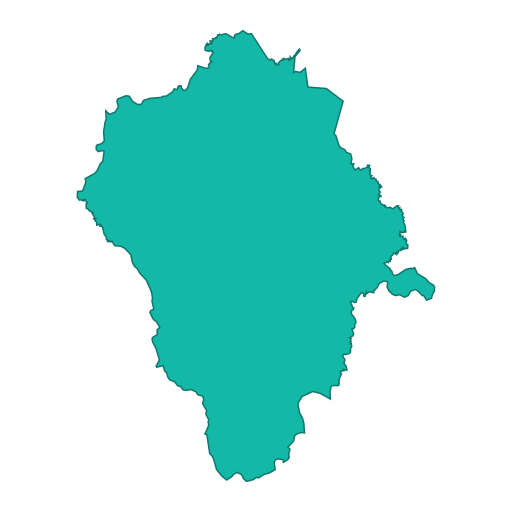 West Akim, Eastern, Ghana (Robinson projection)
{"feature_id": "2480657B57614018833162", "entity_name": "West Akim", "entity_type": "district", "adm_level": 2, "iso_a3": "GHA", "parent_name": "Ghana", "parent_adm1": "Eastern", "projection": "robinson", "projection_center": [-0.668, 5.908], "detail": "fine", "context": "isolated", "style": "filled", "palette": "teal", "viewbox_px": 512, "rotation_deg": 0, "n_neighbors": 0, "source": "geoboundaries", "source_scale": "gbopen_adm2", "svg_char_len": 5993}
<svg xmlns="http://www.w3.org/2000/svg" viewBox="0 0 512 512"><path d="M226.6,480.0L231.5,476.9L233.8,474.2L237.4,472.3L238.8,473.5L240.2,473.5L242.3,475.8L243.2,478.3L246.3,481.3L248.7,480.9L253.1,479.7L256.7,477.3L258.6,477.9L263.8,474.5L268.9,473.1L275.1,469.8L274.2,462.2L275.2,460.1L277.5,458.9L283.0,459.5L283.4,462.3L287.9,459.5L289.2,457.5L288.7,454.0L290.0,449.2L287.8,447.2L293.5,441.2L294.9,435.4L298.2,433.3L302.5,432.5L304.5,433.0L303.8,423.1L302.5,418.2L299.8,413.3L298.1,405.9L298.2,402.8L302.2,396.4L312.9,391.5L320.3,393.4L330.4,399.1L330.0,391.9L331.0,387.0L332.2,385.6L338.6,385.5L339.3,383.2L338.6,382.3L339.3,380.7L338.9,379.7L341.5,373.6L340.4,372.9L340.5,371.2L342.9,370.9L342.9,369.8L344.1,370.5L344.2,369.6L346.9,370.2L346.1,366.2L343.9,363.1L345.0,359.8L342.5,356.0L344.0,354.0L344.9,354.6L349.4,353.5L350.6,352.0L349.9,351.2L350.7,350.0L350.3,348.5L351.7,346.9L351.3,343.4L350.4,343.6L350.8,342.8L350.0,342.0L351.1,341.1L350.4,339.8L351.1,338.5L349.5,337.7L353.1,335.7L353.6,333.6L351.9,328.8L353.0,328.9L354.7,327.5L354.8,324.4L356.0,322.3L355.0,318.5L353.8,317.8L353.8,316.6L351.3,313.9L351.7,310.3L353.2,309.7L353.9,307.9L352.5,307.6L351.9,304.9L350.7,304.1L351.1,303.1L350.4,302.3L352.0,301.1L354.4,302.5L356.1,302.1L357.1,298.3L361.6,292.4L363.9,293.9L363.7,296.0L365.1,296.4L366.5,292.0L366.9,293.5L369.2,291.8L373.8,292.7L373.8,291.1L377.2,287.4L379.3,283.4L383.5,281.2L387.3,281.4L387.7,283.3L387.0,286.6L388.9,290.9L392.6,294.4L395.9,295.6L399.7,294.7L404.4,297.2L408.2,295.6L410.6,291.3L415.1,289.4L418.4,291.4L422.1,295.5L423.7,295.6L426.6,300.2L431.5,298.3L432.3,294.8L434.7,290.4L434.2,288.8L434.7,287.6L433.6,285.2L429.4,282.8L425.5,278.5L417.4,273.6L414.7,267.6L411.9,269.0L411.2,268.2L406.0,269.3L398.2,274.5L394.3,275.6L392.8,274.4L391.9,271.3L390.1,269.9L390.2,268.9L383.9,263.7L384.7,262.5L385.7,262.9L386.6,261.8L388.5,262.6L389.1,261.0L390.2,261.3L389.9,259.4L391.3,259.3L390.9,256.2L392.5,255.3L393.7,252.9L395.3,253.9L396.5,252.2L396.9,254.3L397.9,253.1L397.8,251.1L398.3,252.1L398.9,250.7L401.1,250.4L400.9,249.1L402.8,249.4L402.5,248.0L403.5,248.9L403.9,247.9L404.5,248.7L407.6,248.5L407.9,244.9L406.8,244.4L406.2,242.9L406.7,240.5L405.5,238.6L405.1,239.8L404.0,239.2L404.4,238.5L403.5,238.7L402.6,237.2L403.0,236.3L400.2,236.3L400.5,235.0L399.6,235.4L400.2,231.3L401.8,232.7L404.8,232.1L403.9,231.7L404.4,231.0L405.8,231.4L405.0,225.6L403.4,222.0L404.0,220.7L403.3,220.2L403.2,218.3L404.0,217.4L402.7,216.9L402.2,214.9L403.1,214.6L402.6,212.3L401.4,211.3L401.5,209.5L400.1,209.9L399.8,208.3L399.2,209.0L399.6,207.7L398.6,208.1L398.0,207.4L398.5,205.8L396.9,205.8L392.8,208.8L389.8,207.2L387.8,207.9L385.2,206.9L385.6,205.9L384.4,205.1L384.0,205.9L382.4,204.3L381.4,204.7L379.8,200.8L378.4,200.9L378.3,198.3L380.0,196.3L381.0,196.3L380.6,195.3L378.2,194.8L380.3,192.0L378.9,190.5L379.0,188.9L379.9,188.1L379.2,187.6L381.7,186.9L381.0,185.9L379.6,186.0L380.0,184.8L379.2,185.0L378.5,183.1L377.7,183.2L377.9,181.4L376.4,181.2L375.9,179.1L373.5,178.5L373.7,177.7L371.3,178.7L370.6,177.0L371.9,175.8L369.5,174.0L370.6,172.3L369.5,170.9L370.2,170.6L370.5,168.8L368.8,167.3L369.7,165.4L367.6,165.2L367.1,167.3L364.3,168.6L363.1,168.3L360.4,170.2L358.6,167.7L355.1,170.0L352.9,166.5L353.8,163.8L350.9,164.0L351.9,158.8L350.7,154.0L346.5,152.4L344.8,149.6L340.6,147.7L339.0,145.5L336.0,135.8L334.0,133.8L343.1,101.2L326.3,88.5L307.9,87.1L305.3,68.3L300.1,72.4L295.3,71.4L293.5,72.6L295.0,56.6L300.1,50.4L299.5,49.1L296.3,52.7L295.6,54.6L293.6,56.2L292.6,58.6L291.9,58.9L290.2,56.8L290.1,59.5L288.9,60.4L288.4,58.5L285.8,59.3L283.6,58.4L283.3,59.8L282.3,59.4L282.5,60.0L280.5,60.8L278.1,63.3L278.8,64.5L277.6,65.3L275.5,64.4L276.1,63.4L274.5,63.1L274.5,61.3L273.4,60.2L271.5,59.0L270.6,59.9L268.0,59.3L251.4,33.6L248.1,34.1L242.7,30.7L238.5,33.9L236.8,33.8L234.6,35.2L234.5,37.7L232.5,37.5L225.6,33.6L220.2,35.1L219.5,34.2L218.0,35.3L217.9,34.5L216.5,38.1L215.6,37.7L215.2,38.6L212.5,38.7L212.9,41.1L210.1,40.9L210.6,42.4L212.0,43.1L210.6,43.9L209.7,43.5L208.5,44.7L207.6,43.7L207.6,44.7L207.2,44.0L206.6,45.3L206.2,44.6L204.9,47.8L205.2,50.4L209.0,51.4L209.6,50.5L211.8,50.6L211.6,51.6L212.7,51.4L213.2,52.3L209.9,57.7L210.4,61.0L211.8,61.6L210.6,62.1L208.6,64.6L209.3,66.7L208.2,67.9L205.9,68.4L197.8,65.7L197.2,70.1L190.3,79.3L187.8,87.3L185.7,90.4L183.3,90.3L181.4,87.7L181.2,86.0L179.1,85.7L177.8,86.9L177.7,88.8L176.6,89.5L174.2,88.8L172.7,91.7L166.3,96.1L162.7,96.4L161.3,97.4L149.9,98.3L143.4,100.5L141.2,104.5L137.2,104.3L132.5,101.3L129.2,96.2L125.8,95.8L117.6,99.0L117.0,101.6L118.4,106.8L115.3,111.9L109.6,114.4L105.8,110.8L106.2,119.0L105.2,121.7L103.6,131.7L104.3,140.8L101.4,143.8L97.4,144.8L96.3,145.8L96.2,149.5L98.2,151.6L102.7,150.5L104.1,151.6L102.7,161.4L100.4,163.5L97.6,169.8L94.9,173.3L85.2,178.6L85.8,181.9L83.8,187.9L82.4,191.1L77.6,191.4L77.3,195.7L77.3,197.3L79.3,200.1L80.1,199.7L83.5,200.8L83.6,199.5L85.4,199.8L85.2,200.8L87.3,202.3L87.2,203.3L86.2,203.7L86.2,208.3L88.3,209.2L89.4,210.9L92.6,212.1L92.1,212.8L92.8,212.8L92.6,213.8L94.7,217.8L93.7,218.7L94.4,219.6L95.7,218.8L95.2,220.9L96.5,222.0L96.8,225.2L99.9,224.2L99.9,226.8L100.6,225.3L101.4,225.4L102.8,228.2L104.2,234.3L106.4,237.1L106.3,239.3L108.3,240.3L107.4,240.5L107.6,241.7L109.4,241.2L110.6,242.0L111.8,241.0L114.7,245.7L120.6,246.2L124.9,248.4L130.7,254.6L132.4,262.4L134.5,266.3L137.1,268.5L139.4,272.6L146.3,280.2L151.4,291.6L152.5,297.9L152.0,301.1L153.8,309.2L150.7,310.6L149.9,312.3L152.8,318.4L154.4,320.4L156.2,321.3L159.8,327.4L157.1,329.8L157.3,334.5L152.6,337.5L152.1,338.7L152.7,342.1L155.9,348.1L159.4,360.0L156.1,366.3L156.7,367.2L163.2,365.6L164.6,371.0L166.7,372.9L167.7,376.8L169.7,379.9L174.6,381.7L177.7,385.8L180.6,386.5L183.1,389.9L186.9,390.3L190.7,389.5L196.2,391.9L197.8,394.8L202.6,396.0L203.7,399.6L202.6,403.6L206.6,410.6L205.8,414.1L208.8,419.8L208.1,422.0L208.7,425.4L204.9,434.0L206.9,434.7L209.7,453.5L212.2,456.1L213.8,459.5L216.6,469.7L221.8,476.0L226.6,480.0Z" fill="#14b8a6" stroke="#0f766e" stroke-width="1.5"/></svg>